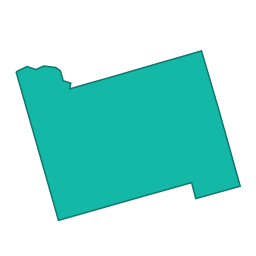 Vigo, Indiana, United States of America, rotated 74°
{"feature_id": "52423323B18777614483924", "entity_name": "Vigo", "entity_type": "district", "adm_level": 2, "iso_a3": "USA", "parent_name": "United States of America", "parent_adm1": "Indiana", "projection": "natural_earth1", "projection_center": [-87.485, 39.434], "detail": "fine", "context": "isolated", "style": "filled", "palette": "teal", "viewbox_px": 256, "rotation_deg": 74, "n_neighbors": 0, "source": "geoboundaries", "source_scale": "gbopen_adm2", "svg_char_len": 540}
<svg xmlns="http://www.w3.org/2000/svg" viewBox="0 0 256 256"><g transform="rotate(74 128 128)"><path d="M74.3,104.9L74.3,109.0L74.3,110.7L74.4,119.5L74.4,125.7L74.4,126.3L74.3,157.6L74.3,173.3L69.1,170.6L64.7,177.2L54.5,177.3L50.0,180.7L45.2,191.8L46.2,198.9L46.4,200.5L41.1,208.0L43.0,219.2L43.6,220.1L150.6,220.2L197.6,220.3L197.8,128.0L198.0,92.7L198.0,81.9L214.5,82.3L214.9,36.2L137.4,35.7L74.1,36.1L74.2,59.0L74.2,68.6L74.2,78.6L74.2,82.0L74.3,95.2L74.3,97.2L74.3,104.9Z" fill="#14b8a6" stroke="#0f766e" stroke-width="1.5"/></g></svg>